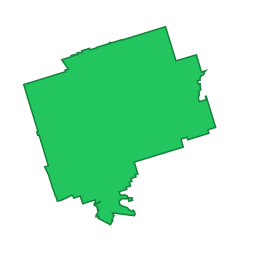 Swan, Western Australia, Australia (Albers equal-area conic projection), rotated 343°
{"feature_id": "25037944B80977400134390", "entity_name": "Swan", "entity_type": "district", "adm_level": 2, "iso_a3": "AUS", "parent_name": "Australia", "parent_adm1": "Western Australia", "projection": "albers", "projection_center": [116.002, -31.77], "detail": "fine", "context": "isolated", "style": "filled", "palette": "green", "viewbox_px": 256, "rotation_deg": 343, "n_neighbors": 0, "source": "geoboundaries", "source_scale": "gbopen_adm2", "svg_char_len": 4885}
<svg xmlns="http://www.w3.org/2000/svg" viewBox="0 0 256 256"><g transform="rotate(343 128 128)"><path d="M73.7,190.6L73.8,190.7L74.2,190.8L74.5,191.0L75.1,191.0L75.5,191.1L75.9,191.1L76.5,191.0L77.2,190.9L77.5,190.8L77.8,190.8L78.2,190.7L78.7,190.5L79.1,190.4L79.4,190.4L79.5,190.4L79.7,190.2L79.9,190.3L79.7,190.6L79.4,190.7L79.1,190.7L78.8,190.8L78.3,191.0L78.0,191.0L77.7,191.1L77.3,191.2L76.6,191.4L76.3,191.3L76.1,191.4L75.8,191.3L75.2,191.4L74.8,191.3L74.1,191.0L73.7,191.0L73.4,191.0L73.2,191.5L73.2,192.1L73.3,192.3L73.5,192.5L73.8,192.6L74.4,193.1L74.7,193.5L74.8,193.7L74.8,193.9L75.0,194.0L75.1,194.4L75.2,194.6L75.3,194.8L75.3,195.1L75.4,195.5L75.5,195.6L76.2,195.6L75.9,195.7L75.7,195.7L75.4,195.7L75.3,195.9L75.2,196.1L75.1,196.4L75.1,196.6L75.0,197.0L74.8,197.3L74.8,197.5L74.9,197.9L74.9,198.0L75.0,198.2L75.1,198.4L75.1,198.8L75.3,198.6L75.4,198.2L75.4,197.8L75.3,197.5L75.3,197.3L75.3,197.1L75.6,197.1L75.7,197.3L75.8,197.4L75.8,197.5L75.8,197.8L75.7,197.9L75.7,198.0L75.6,198.5L75.4,198.7L75.2,198.8L75.1,199.1L74.4,199.8L74.0,200.3L73.9,200.5L73.7,200.8L72.8,201.4L72.5,201.5L72.2,201.8L72.0,202.3L71.7,202.8L71.6,203.0L71.4,203.5L71.6,203.5L72.0,203.4L72.4,203.8L73.1,203.6L72.8,204.2L72.6,204.4L73.0,204.2L74.2,203.9L74.3,204.2L74.0,204.5L73.1,205.6L82.9,215.4L86.5,211.9L85.7,211.1L89.1,207.7L88.7,207.3L88.7,207.0L88.6,206.5L88.2,204.8L89.3,205.3L89.4,205.1L89.5,205.2L98.7,209.3L99.0,209.4L99.1,209.5L99.5,209.8L100.3,210.1L101.4,210.5L101.5,210.6L102.0,210.8L103.5,211.6L104.6,212.1L104.8,212.1L108.4,213.7L109.4,212.8L109.6,212.6L109.7,212.3L109.7,212.1L109.6,211.4L109.6,210.1L109.4,210.0L109.6,209.8L109.6,209.7L109.5,209.1L109.4,209.0L109.3,208.9L109.2,208.5L109.1,208.4L108.8,208.2L108.7,208.1L108.3,208.1L107.4,208.6L107.1,208.6L106.9,208.6L106.6,208.4L106.3,208.2L105.5,206.7L105.0,206.0L104.9,205.7L104.6,205.2L104.4,204.7L104.0,204.1L103.9,203.9L103.7,203.7L103.2,203.3L102.9,203.1L101.8,202.5L101.3,202.1L100.9,201.9L100.8,201.7L99.3,200.4L98.7,199.7L98.3,199.4L98.1,199.0L97.4,198.9L97.7,197.9L97.9,197.5L97.9,197.2L97.9,195.9L97.9,195.7L98.3,195.7L99.4,194.6L99.5,194.6L100.1,194.7L100.5,194.2L101.0,193.8L105.7,195.2L105.8,195.0L106.0,195.1L107.4,195.5L107.4,198.4L111.2,198.4L111.0,197.1L111.1,196.8L111.6,196.2L111.2,196.0L107.4,194.4L107.4,194.1L107.4,192.6L106.6,192.0L105.8,191.3L105.6,191.2L105.3,191.0L103.5,190.6L101.0,190.1L101.0,188.0L101.1,187.9L101.0,186.3L102.2,186.3L103.0,186.3L104.2,186.3L108.0,186.3L108.9,186.3L108.9,184.2L113.5,184.2L113.5,180.2L115.0,180.2L115.3,180.1L115.6,180.2L116.2,180.2L116.2,177.1L119.8,177.1L121.3,177.1L121.3,174.9L124.0,174.9L124.0,162.4L149.0,162.4L148.9,162.4L149.0,162.4L154.0,162.4L157.7,162.4L175.3,162.4L175.4,155.8L175.5,154.1L179.1,154.1L181.8,154.2L181.8,156.5L181.8,156.8L187.1,156.7L203.8,156.7L203.8,153.1L212.0,153.0L212.0,145.3L212.0,143.5L212.0,142.1L212.0,131.2L212.0,120.4L211.3,120.4L211.2,123.7L203.9,123.6L204.0,119.5L204.3,119.2L204.5,119.0L205.8,117.2L206.1,116.6L206.1,116.3L206.2,114.9L206.2,114.5L206.2,114.1L206.6,114.1L207.2,113.5L207.3,113.5L207.5,113.3L208.7,112.6L209.0,112.0L209.1,110.5L209.1,109.4L209.4,108.4L210.1,106.8L209.8,106.5L208.1,106.5L208.1,103.3L208.9,103.4L210.0,103.4L210.9,103.4L210.9,103.0L211.2,102.2L212.0,100.7L212.3,100.4L212.7,99.8L215.1,99.4L215.8,99.0L216.3,98.6L216.7,98.3L217.0,97.9L217.3,97.1L217.8,96.4L218.2,96.4L219.1,95.9L214.6,95.9L214.8,78.0L193.4,77.8L193.5,77.0L193.5,66.9L193.5,66.3L193.5,42.1L186.4,42.1L186.1,42.1L185.3,42.1L155.9,42.1L147.7,42.2L147.7,41.7L137.9,41.8L137.9,41.7L137.1,41.6L136.5,41.5L136.2,41.5L136.2,41.0L135.2,40.9L135.1,41.7L122.1,41.7L122.1,42.1L114.4,42.1L114.4,40.6L106.3,40.6L106.3,42.1L103.1,42.1L103.1,41.3L101.3,41.3L101.3,43.1L99.0,43.1L99.0,42.1L95.1,42.1L95.8,43.2L84.6,43.4L88.1,54.2L84.7,54.2L84.7,55.9L73.5,55.9L50.2,56.0L43.3,55.9L41.0,55.9L40.9,72.8L40.9,105.1L39.6,105.1L39.6,108.8L40.9,108.8L40.8,140.8L37.6,140.8L37.4,140.8L36.9,140.8L38.2,149.0L38.3,149.7L38.3,152.1L38.3,153.6L38.3,155.0L38.3,163.4L38.3,164.1L38.7,166.9L38.8,167.4L38.7,168.0L38.5,169.6L38.5,170.2L38.6,170.8L38.9,172.3L39.0,172.7L39.0,173.0L39.1,175.8L39.1,176.1L39.1,176.4L38.9,177.2L39.7,177.3L40.0,177.3L40.8,177.5L42.1,177.6L43.8,177.5L46.7,177.1L48.5,176.9L49.5,176.8L50.5,176.5L51.0,176.5L52.3,176.2L53.7,176.0L54.1,176.0L54.5,176.1L54.8,176.3L55.1,176.6L55.2,176.9L55.4,177.4L55.6,179.2L55.9,179.2L56.3,179.2L58.0,179.2L58.7,179.1L58.8,179.1L60.9,179.2L61.0,179.2L61.3,179.2L61.5,179.2L62.5,179.2L62.5,181.2L62.5,181.9L62.6,182.2L62.5,182.4L62.4,182.5L62.5,182.7L62.5,182.8L62.6,183.0L62.6,184.3L62.6,184.6L62.5,187.1L62.9,187.2L63.0,187.4L63.4,187.3L63.6,187.2L63.9,187.2L67.2,187.2L68.6,187.1L69.8,187.2L75.8,187.2L75.7,187.8L75.5,188.1L75.3,188.5L75.4,188.9L75.3,189.0L75.1,189.2L74.5,189.7L74.3,190.0L74.1,190.1L74.1,190.3L73.8,190.5L73.7,190.6Z" fill="#22c55e" stroke="#15803d" stroke-width="1.5"/></g></svg>